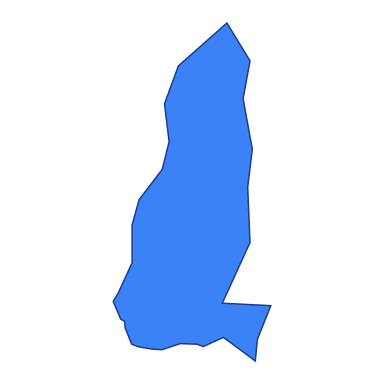 the district of Kampi, Nicosia, Cyprus
{"feature_id": "46923920B85775694000331", "entity_name": "Kampi", "entity_type": "district", "adm_level": 2, "iso_a3": "CYP", "parent_name": "Cyprus", "parent_adm1": "Nicosia", "projection": "equal_earth", "projection_center": [33.124, 34.908], "detail": "fine", "context": "isolated", "style": "filled", "palette": "blue", "viewbox_px": 384, "rotation_deg": 0, "n_neighbors": 0, "source": "geoboundaries", "source_scale": "gbopen_adm2", "svg_char_len": 571}
<svg xmlns="http://www.w3.org/2000/svg" viewBox="0 0 384 384"><path d="M226.9,23.0L178.4,65.9L164.5,103.8L169.1,141.7L162.2,169.4L139.1,199.7L132.1,225.0L132.1,262.8L118.2,293.1L113.2,301.4L120.8,319.3L124.6,321.3L125.2,328.1L131.7,344.2L138.5,346.8L152.1,349.1L161.9,349.7L180.3,343.6L197.1,344.2L203.3,346.6L211.9,342.6L214.7,341.3L217.3,340.2L223.5,337.4L223.6,337.5L255.3,361.0L257.3,340.0L257.4,339.5L257.4,339.3L270.8,305.7L222.3,303.2L250.0,242.6L247.7,187.1L252.3,149.2L243.1,98.7L250.0,60.9L226.9,23.0Z" fill="#3b82f6" stroke="#1e3a8a" stroke-width="1.5"/></svg>